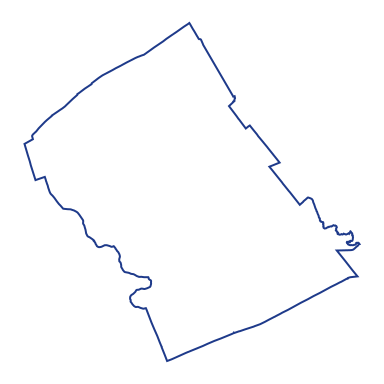 outline of Ciolanesti, Teleorman, Romania
{"feature_id": "2599482B19032690009804", "entity_name": "Ciolanesti", "entity_type": "district", "adm_level": 2, "iso_a3": "ROU", "parent_name": "Romania", "parent_adm1": "Teleorman", "projection": "albers", "projection_center": [25.104, 44.33], "detail": "fine", "context": "isolated", "style": "outline", "palette": "blue", "viewbox_px": 384, "rotation_deg": 0, "n_neighbors": 0, "source": "geoboundaries", "source_scale": "gbopen_adm2", "svg_char_len": 5873}
<svg xmlns="http://www.w3.org/2000/svg" viewBox="0 0 384 384"><path d="M357.5,276.4L352.5,270.3L345.4,261.2L336.8,250.5L349.6,250.2L351.2,250.1L352.4,249.9L353.4,249.5L354.4,248.7L355.9,247.3L356.9,246.3L357.3,246.2L357.8,245.7L358.8,244.4L359.1,244.2L359.5,244.1L359.0,243.3L358.9,243.2L358.3,243.1L358.2,242.8L358.1,242.7L356.9,242.9L356.6,242.8L356.3,243.0L356.5,243.3L356.2,243.5L356.0,244.0L354.9,244.8L353.9,244.9L353.1,245.2L351.9,245.2L351.1,245.0L350.5,245.2L350.2,245.2L349.2,244.9L348.0,244.3L347.9,244.1L348.0,243.9L347.9,243.6L347.7,243.4L347.1,243.2L346.8,242.5L346.9,242.1L347.0,241.9L347.9,241.9L348.4,241.7L348.7,241.7L349.8,242.3L349.9,242.2L349.6,241.7L349.6,241.4L349.9,241.1L350.3,240.8L351.3,241.0L352.1,240.9L352.4,240.6L352.7,239.7L352.9,238.0L353.0,237.7L352.9,237.5L352.9,236.8L352.8,235.5L352.2,235.4L352.1,235.1L352.1,234.8L352.2,234.4L352.2,233.4L351.1,232.2L350.7,231.5L350.4,231.3L350.2,231.5L350.2,232.1L350.2,232.6L349.2,233.8L348.8,233.3L348.6,233.2L347.7,233.9L346.1,234.5L345.5,234.4L345.3,234.2L345.0,234.2L343.7,233.7L343.5,234.0L343.3,234.2L342.3,234.5L342.2,234.5L341.7,234.1L341.2,234.3L340.8,234.4L340.4,234.6L339.6,234.7L339.0,234.3L338.3,234.3L337.7,234.0L337.6,233.5L338.0,233.2L338.1,232.9L337.9,232.7L337.5,232.8L337.3,232.7L337.2,232.5L337.3,231.9L337.2,231.5L336.5,231.1L335.8,230.4L335.8,230.2L336.2,229.5L336.2,229.3L336.1,228.5L336.1,228.3L336.8,227.5L336.8,227.3L336.6,226.8L336.5,226.4L336.2,226.0L335.9,225.9L335.3,225.5L334.8,225.7L334.6,225.7L334.2,225.6L333.7,225.2L333.5,225.3L332.5,225.7L332.1,226.2L331.5,226.5L331.0,226.3L329.8,226.6L329.3,226.9L328.7,226.9L328.3,226.9L328.0,227.3L327.4,227.4L326.0,228.3L324.6,228.5L323.7,227.9L323.5,227.6L323.5,227.4L323.6,226.9L323.6,226.7L323.2,226.1L323.5,225.4L323.5,225.1L323.4,224.8L323.0,224.1L323.0,223.9L323.4,223.5L323.2,222.3L323.0,222.1L321.3,221.9L320.9,221.5L320.7,221.1L320.4,221.2L320.1,220.8L319.9,220.3L319.8,219.8L319.9,219.1L319.8,218.3L319.1,217.8L318.9,217.4L318.6,215.7L317.6,213.6L317.0,211.6L316.6,211.3L316.2,209.8L315.5,208.4L314.5,205.4L314.2,204.4L313.3,202.4L312.9,200.6L312.3,199.6L312.1,199.3L311.5,198.8L310.2,198.2L308.1,197.5L307.7,197.6L305.4,199.7L304.6,200.3L303.4,201.4L303.1,201.9L299.8,204.8L289.8,192.1L288.8,191.0L284.4,185.5L282.9,183.7L282.1,182.5L269.4,166.7L279.6,162.6L268.0,148.1L267.5,147.4L259.9,138.2L258.2,136.2L257.0,134.4L253.8,130.5L249.8,125.5L248.4,126.4L245.8,128.5L239.0,119.4L238.5,118.9L236.7,116.3L229.0,106.1L234.0,101.4L233.6,101.2L234.5,100.3L234.5,99.1L235.0,98.4L234.9,97.4L234.6,96.2L233.3,96.7L232.6,95.4L203.2,44.9L202.9,44.0L201.1,39.9L200.6,39.3L199.9,39.1L199.0,39.1L198.6,38.7L197.6,36.9L197.3,36.5L194.3,31.3L192.9,29.1L190.1,24.2L189.3,23.0L188.2,23.9L183.9,26.7L177.0,31.6L172.1,34.9L166.3,38.9L163.1,41.4L154.2,47.4L144.0,54.7L141.3,55.6L139.1,56.5L137.9,56.9L135.4,58.0L126.4,62.6L119.6,66.3L115.8,68.2L112.3,70.2L103.3,74.9L102.1,75.6L98.6,78.0L91.9,83.1L91.7,83.4L91.6,83.6L91.6,84.1L84.7,88.7L78.5,93.4L77.4,94.0L77.3,94.3L77.4,94.7L77.2,95.0L72.9,98.8L66.4,105.0L65.0,106.4L62.4,108.4L59.8,110.1L58.1,111.3L52.2,115.3L52.3,115.4L51.4,116.3L49.1,118.2L46.4,120.5L45.7,121.2L45.2,121.6L38.7,128.3L36.4,131.2L33.1,134.3L32.5,135.1L32.2,135.6L32.1,136.1L32.2,136.5L32.9,139.2L24.5,143.9L27.9,155.4L29.8,161.4L30.4,163.7L30.8,165.3L35.5,180.1L44.8,176.9L45.7,179.6L46.1,181.2L46.5,182.1L46.9,183.5L47.7,185.5L48.2,187.6L49.6,191.7L50.4,193.4L50.6,193.7L51.5,194.7L52.4,195.5L54.4,197.9L56.8,201.3L58.9,204.0L60.5,205.6L62.9,208.4L63.2,208.7L63.9,208.8L67.8,209.2L70.2,209.3L71.2,209.5L71.6,209.7L74.1,210.5L76.5,211.8L77.6,212.6L79.2,214.6L82.7,219.7L83.0,220.2L83.2,220.8L83.2,221.5L83.1,222.8L83.1,223.4L83.3,223.9L83.4,224.2L84.1,225.2L84.3,225.6L84.9,227.8L85.5,229.7L86.2,233.6L86.5,234.1L87.3,235.8L87.7,236.2L88.1,236.6L88.7,236.9L89.5,237.2L92.4,239.2L93.6,240.1L94.1,240.8L93.8,241.0L95.2,242.6L95.3,242.9L95.5,243.7L96.0,244.4L97.0,246.2L97.8,246.7L98.3,247.0L98.8,247.1L99.8,247.1L101.0,246.9L102.1,246.5L103.9,245.6L104.8,245.2L105.4,245.2L106.8,245.2L108.2,245.6L109.9,246.1L111.1,246.7L111.5,246.8L112.8,246.6L113.5,246.2L113.9,246.3L115.4,248.2L115.6,248.8L116.1,249.3L117.2,251.1L117.7,251.5L118.3,252.2L119.3,254.1L119.7,255.3L119.9,256.5L119.9,256.9L119.4,258.5L119.2,259.3L119.3,260.7L119.3,261.1L119.4,261.4L119.7,261.7L120.2,262.2L120.5,262.5L120.8,263.4L121.2,265.2L121.2,266.8L121.4,267.4L122.3,268.8L122.9,270.0L124.4,271.8L125.0,272.1L128.7,272.8L130.0,273.3L130.4,273.6L131.5,273.9L133.6,274.2L135.3,275.1L136.7,276.0L139.1,276.9L141.4,276.8L144.1,277.2L148.3,277.2L148.5,277.5L148.6,278.2L148.9,279.0L149.5,279.6L150.7,280.3L150.9,280.5L151.1,281.1L151.0,282.4L151.1,283.8L150.5,286.1L150.3,286.5L149.9,287.0L147.0,288.3L144.7,289.0L144.1,289.0L142.7,288.7L141.2,288.6L139.0,289.6L138.1,289.8L137.2,289.8L136.8,289.9L136.3,290.2L135.5,291.5L135.3,291.9L133.2,293.9L131.9,294.7L131.2,295.2L130.3,296.5L130.1,297.6L130.1,298.8L130.2,299.3L130.3,299.5L130.6,299.8L130.7,301.1L130.6,301.6L130.8,302.0L131.3,302.5L132.4,304.2L134.0,306.0L135.4,306.9L136.0,307.0L137.3,306.9L138.1,306.9L138.7,307.1L140.5,307.9L143.2,308.7L143.7,308.7L145.6,308.2L145.8,308.2L145.8,308.5L146.2,308.9L146.4,309.3L151.5,322.6L154.2,329.0L157.3,336.0L159.7,342.2L161.4,346.3L161.7,346.6L161.7,347.4L161.9,347.8L164.9,355.3L167.1,361.0L171.4,359.4L173.0,358.7L183.0,354.2L186.1,352.8L202.8,346.0L207.6,343.8L214.4,340.9L220.8,338.5L231.8,334.0L233.1,333.4L233.8,332.9L233.9,332.7L234.2,333.0L239.1,331.3L239.8,331.2L245.0,329.4L254.0,326.5L254.3,326.3L260.1,324.2L265.0,321.8L268.7,319.8L280.5,313.7L282.2,312.7L287.9,309.9L293.0,307.1L301.0,302.7L307.9,299.2L313.5,296.1L319.9,292.9L331.1,286.8L336.4,284.2L339.8,282.4L341.2,281.8L345.9,279.2L346.4,278.9L347.7,278.7L347.8,278.6L347.7,278.1L347.8,278.0L349.7,277.4L350.5,277.2L357.5,276.4Z" fill="none" stroke="#1e3a8a" stroke-width="2"/></svg>